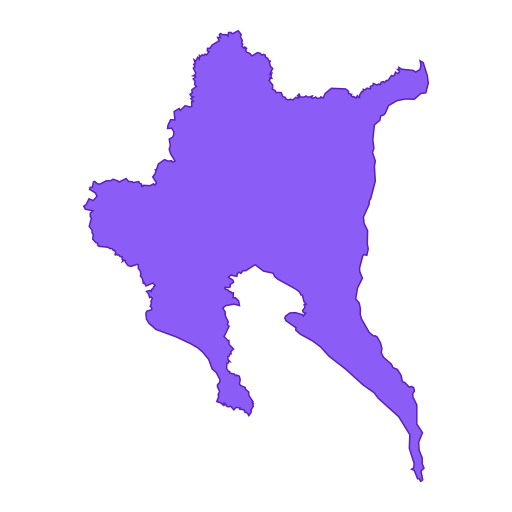 outline of Mueang Trat, Trat, Thailand
{"feature_id": "78962969B49294102146766", "entity_name": "Mueang Trat", "entity_type": "district", "adm_level": 2, "iso_a3": "THA", "parent_name": "Thailand", "parent_adm1": "Trat", "projection": "albers", "projection_center": [102.588, 12.22], "detail": "fine", "context": "isolated", "style": "filled", "palette": "violet", "viewbox_px": 512, "rotation_deg": 0, "n_neighbors": 0, "source": "geoboundaries", "source_scale": "gbopen_adm2", "svg_char_len": 5942}
<svg xmlns="http://www.w3.org/2000/svg" viewBox="0 0 512 512"><path d="M220.4,33.5L219.3,34.7L220.5,37.6L217.6,37.4L219.2,40.7L211.9,45.2L210.0,48.3L207.5,48.3L207.3,50.9L209.0,51.6L206.6,54.9L205.0,54.1L203.9,55.4L202.2,54.8L200.7,56.4L199.4,55.4L199.3,59.2L197.6,57.4L195.9,61.1L194.1,59.8L195.3,63.6L193.7,64.3L195.0,66.5L193.3,68.1L195.7,73.1L195.0,74.8L193.1,75.8L195.5,76.2L195.7,77.1L193.2,78.9L195.1,81.2L194.6,84.6L196.5,86.4L191.8,89.8L192.3,92.8L190.0,94.3L191.5,96.6L193.2,96.9L190.9,98.7L193.3,101.4L191.6,101.6L191.8,106.5L190.0,107.0L185.2,105.7L180.2,110.4L179.2,108.5L174.1,111.5L174.9,119.9L170.6,119.7L168.0,125.2L167.5,128.5L171.6,128.2L173.7,131.4L173.7,134.9L172.6,137.2L169.2,139.1L170.3,145.5L169.2,149.4L170.6,153.8L175.1,161.1L172.3,162.2L171.6,160.7L167.9,161.1L164.6,159.6L158.3,164.0L156.6,169.2L155.3,169.9L156.1,170.7L154.9,174.1L152.7,176.8L156.5,182.9L154.9,185.1L153.6,183.8L150.0,185.7L143.2,185.3L142.8,186.4L141.7,186.5L141.3,184.0L139.4,183.1L138.8,181.6L132.9,182.6L132.2,181.7L128.5,181.4L126.1,178.5L118.9,182.1L118.3,181.1L113.1,179.2L110.4,180.8L106.3,180.8L99.7,184.2L97.2,183.7L94.7,181.4L93.4,181.9L92.5,187.0L90.2,187.3L89.5,189.3L95.4,193.0L97.0,196.2L93.3,200.5L89.0,198.8L86.1,204.6L83.7,206.2L85.3,209.2L92.8,210.7L90.2,213.3L90.3,216.6L91.4,217.9L89.2,226.5L92.0,230.0L92.1,233.0L93.2,234.2L92.8,239.3L95.7,242.5L97.5,243.0L97.6,245.0L98.9,246.3L108.4,247.3L109.5,248.4L112.3,248.8L113.4,250.5L114.4,250.2L115.6,252.3L115.0,255.4L116.0,254.2L117.6,255.1L118.6,254.7L120.0,256.5L122.3,257.0L122.1,259.2L123.3,259.8L122.6,261.3L124.2,260.2L125.3,260.6L125.2,261.9L128.1,265.6L131.0,266.4L137.2,264.4L138.3,264.9L138.3,268.6L140.2,270.7L140.9,274.6L140.3,275.9L142.3,278.4L143.3,283.3L144.2,282.7L146.0,286.0L152.7,283.1L155.2,285.4L153.5,286.9L153.1,288.7L151.7,289.3L151.3,291.5L149.9,290.4L146.5,291.4L148.5,293.8L149.6,297.6L151.4,297.1L152.3,298.5L150.9,301.1L151.4,303.5L150.2,306.2L151.7,307.8L151.6,309.7L146.8,311.2L145.9,313.5L146.4,318.9L149.0,323.4L156.1,329.5L176.2,336.9L190.8,343.8L198.0,348.0L202.8,352.2L208.7,359.4L212.1,368.9L216.3,372.6L220.0,379.8L219.6,382.4L217.5,384.8L217.4,386.8L219.6,391.5L218.1,394.5L218.7,396.6L216.7,401.6L220.8,402.9L222.9,404.8L223.8,403.5L224.1,405.3L225.5,403.9L226.5,406.1L228.2,406.8L230.7,406.3L233.9,409.9L236.0,407.4L239.9,407.9L239.6,409.1L244.2,409.9L244.7,412.0L247.5,413.1L248.8,415.6L250.8,413.0L251.4,411.1L250.7,410.4L253.4,406.1L252.7,404.8L253.4,403.8L252.3,402.6L253.1,401.9L248.7,395.2L248.8,392.1L245.4,389.1L245.2,387.5L240.6,385.5L239.4,384.0L240.2,379.7L239.3,376.2L236.8,375.1L235.7,375.8L234.3,374.0L229.8,373.1L229.7,371.6L228.3,371.3L226.6,368.5L226.9,363.2L228.1,363.1L228.6,361.5L230.0,361.7L228.0,359.3L227.8,356.6L229.1,356.2L229.8,354.1L231.2,353.8L230.7,351.6L233.6,349.0L229.1,344.4L228.9,340.5L227.8,340.5L224.1,336.5L229.1,326.2L227.3,324.3L228.3,322.0L225.4,316.1L225.1,311.7L222.7,308.2L225.6,305.7L233.9,304.1L239.5,305.6L238.6,300.9L235.5,297.7L233.2,297.8L233.4,292.8L232.0,293.1L230.7,291.6L229.0,291.6L228.7,290.4L225.1,289.0L225.1,287.4L229.4,287.5L230.3,286.6L230.2,284.5L233.6,282.3L232.8,280.0L228.4,277.2L230.8,275.1L236.8,276.4L237.4,273.6L239.2,272.3L240.9,273.4L243.0,270.7L245.8,270.7L255.1,264.7L263.5,271.1L273.1,273.2L274.7,276.6L277.8,279.2L295.8,289.1L299.5,292.0L301.0,295.0L302.4,295.1L304.0,301.7L306.2,304.2L304.1,304.5L304.9,307.5L302.6,310.5L303.3,312.4L305.6,313.1L303.3,316.1L302.5,314.6L295.1,312.6L289.8,313.0L285.6,316.1L284.8,318.0L285.8,320.6L296.0,327.8L295.7,330.1L300.2,334.1L312.5,340.9L320.6,346.9L329.1,356.3L345.7,369.2L362.8,384.7L374.2,392.8L378.2,398.2L398.7,416.7L409.8,434.7L409.3,448.4L414.2,463.6L413.7,467.8L411.6,469.3L414.2,470.3L417.6,478.8L419.5,478.8L420.5,481.3L421.9,480.7L422.7,479.7L421.0,471.2L424.0,468.1L422.2,463.7L422.2,458.0L419.1,450.1L418.7,442.1L422.5,432.7L416.8,424.0L416.8,404.9L412.9,396.9L412.7,393.8L414.4,391.0L413.7,387.7L411.5,386.4L409.2,387.1L404.8,382.5L402.4,381.7L401.1,375.4L397.4,369.4L393.1,367.7L391.3,364.1L383.5,357.3L381.2,352.7L381.9,348.4L380.5,343.0L377.2,337.0L375.3,335.8L373.6,336.0L369.3,332.5L361.5,318.9L360.2,314.4L360.4,308.9L359.2,303.0L355.7,298.8L357.5,288.0L362.4,278.2L359.8,271.7L359.5,268.2L362.7,256.1L363.7,254.6L366.8,255.3L368.2,249.0L367.3,243.9L367.6,230.6L364.1,223.5L363.4,217.1L369.0,204.6L369.4,200.5L370.6,199.0L375.3,181.1L374.4,166.5L375.3,161.0L372.5,152.4L373.9,148.2L372.8,139.7L374.4,124.9L379.9,120.2L380.5,116.1L383.9,114.8L385.5,112.8L388.5,105.6L396.9,100.7L405.2,99.0L414.4,99.2L420.9,93.4L425.8,92.9L428.3,83.1L427.3,75.6L423.2,62.6L420.1,60.8L420.9,65.2L420.1,69.4L415.5,72.1L413.3,70.4L401.6,69.2L398.9,67.4L399.1,69.2L397.6,69.4L399.6,71.4L399.0,72.8L397.6,73.4L395.5,72.1L394.6,74.8L392.9,76.2L391.5,75.5L388.0,80.5L386.3,80.5L384.2,82.7L383.3,81.6L381.2,82.2L380.2,84.8L378.8,83.9L377.1,85.0L373.3,83.5L373.0,85.5L370.4,86.4L370.3,88.9L367.1,88.1L364.9,89.9L363.2,89.3L363.0,91.6L361.6,91.7L359.4,95.5L359.6,97.5L357.8,97.0L357.3,95.8L356.0,98.1L353.8,96.5L352.6,97.1L351.0,95.3L351.6,94.4L348.5,93.5L348.6,91.4L345.5,88.9L331.4,88.3L325.1,93.5L323.3,97.9L320.8,96.9L320.3,98.0L317.4,98.4L315.6,97.0L312.5,98.5L311.5,97.8L312.3,96.0L308.3,97.3L306.1,96.0L303.9,97.1L300.5,97.0L299.0,94.1L297.5,95.8L298.8,97.0L298.3,98.3L295.8,97.3L292.9,99.9L290.5,99.2L287.9,99.9L285.6,98.6L285.2,97.3L282.9,96.7L281.2,92.6L275.9,92.4L275.1,90.5L272.5,89.2L272.7,85.0L269.0,80.4L270.0,79.7L269.7,78.1L271.8,78.3L270.9,76.5L271.8,73.2L269.9,74.0L272.7,68.4L270.5,66.4L269.4,62.8L270.3,61.1L268.8,60.7L267.5,58.2L265.5,57.0L265.1,54.9L263.4,54.3L262.0,55.3L259.9,53.1L257.2,52.7L252.0,55.9L249.8,53.4L246.4,52.0L245.6,49.6L246.6,48.7L245.8,47.5L244.4,48.1L244.4,47.1L243.2,47.7L241.7,46.2L242.7,44.2L241.7,42.9L242.3,40.4L240.4,36.7L241.2,34.5L238.2,30.7L232.3,33.8L230.9,32.4L228.5,32.5L228.1,36.1L226.7,34.7L222.7,34.7L220.4,33.5Z" fill="#8b5cf6" stroke="#5b21b6" stroke-width="1.5"/></svg>